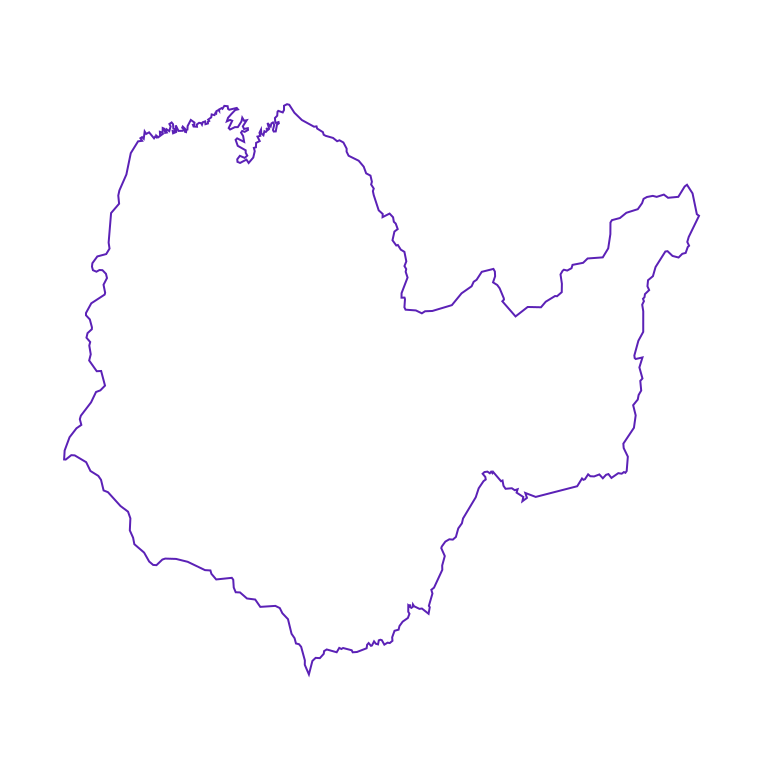 Gokwe North, Midlands, Zimbabwe, rotated 177°
{"feature_id": "62879985B87269615821372", "entity_name": "Gokwe North", "entity_type": "district", "adm_level": 2, "iso_a3": "ZWE", "parent_name": "Zimbabwe", "parent_adm1": "Midlands", "projection": "equal_earth", "projection_center": [28.8, -17.557], "detail": "fine", "context": "isolated", "style": "outline", "palette": "violet", "viewbox_px": 768, "rotation_deg": 177, "n_neighbors": 0, "source": "geoboundaries", "source_scale": "gbopen_adm2", "svg_char_len": 6146}
<svg xmlns="http://www.w3.org/2000/svg" viewBox="0 0 768 768"><g transform="rotate(177 384 384)"><path d="M71.0,567.1L73.4,565.5L80.3,555.5L90.6,555.1L94.6,558.5L101.9,556.6L105.7,557.8L111.6,557.0L115.1,555.3L116.8,551.1L121.4,545.3L133.0,542.3L139.7,537.4L147.8,535.7L149.4,533.4L150.1,521.8L153.0,507.7L158.9,499.0L174.1,498.7L178.8,494.6L189.5,493.1L190.7,489.8L195.1,487.7L198.4,488.7L199.7,487.7L202.0,484.2L201.1,474.8L201.7,466.4L206.6,462.6L208.6,462.9L218.2,457.7L223.2,452.4L236.5,453.4L249.1,444.6L261.5,460.4L259.8,462.0L259.9,463.4L263.5,473.5L265.7,476.9L269.8,479.8L267.4,485.8L267.4,490.5L268.7,493.2L280.5,490.9L286.1,483.2L289.1,481.4L291.4,477.0L301.8,470.5L312.1,459.2L331.9,454.4L339.2,454.5L342.5,452.6L348.3,455.8L358.6,457.1L359.6,459.5L358.6,467.6L359.0,469.2L362.0,469.3L361.7,473.8L354.9,489.1L356.5,494.9L355.8,497.6L357.4,500.7L355.3,505.3L356.7,514.9L360.2,517.3L362.9,522.1L364.5,521.7L368.0,527.1L365.6,535.7L362.2,538.0L363.9,543.6L365.7,545.5L366.2,550.0L369.5,553.9L376.7,550.7L376.4,553.9L380.2,557.7L384.4,573.3L385.0,577.2L384.0,579.7L386.4,583.9L385.5,586.6L386.6,592.8L390.8,595.3L392.9,602.1L397.6,608.3L407.4,613.8L409.2,618.0L409.0,621.0L411.9,627.3L415.7,629.7L418.1,628.9L422.0,632.4L429.3,634.9L431.2,636.1L431.8,638.7L437.4,642.6L437.9,644.8L440.4,644.6L452.2,651.9L459.3,659.6L464.0,667.8L466.2,668.5L469.3,667.1L469.5,662.9L470.9,660.5L475.3,662.3L476.1,661.4L476.6,657.5L479.0,655.3L478.9,651.3L478.3,650.4L475.6,651.1L475.4,649.8L477.3,648.5L478.9,641.9L480.9,641.9L481.6,643.5L480.0,648.6L481.2,651.0L482.8,650.1L483.7,647.1L486.7,650.7L485.3,644.8L486.1,644.1L488.3,645.6L487.0,643.7L488.8,641.9L490.2,642.7L491.4,638.7L493.4,640.6L493.5,644.5L495.2,641.4L494.6,638.3L497.4,637.7L495.4,633.1L499.1,631.5L499.5,627.1L501.6,626.6L500.9,623.3L502.7,617.0L507.6,611.8L509.6,615.3L516.2,612.3L518.7,613.5L518.8,616.1L516.0,619.4L511.3,617.1L508.6,619.2L510.0,622.1L509.9,624.6L517.6,629.5L519.4,635.6L517.8,637.0L511.0,633.1L511.7,639.0L513.6,642.5L512.4,644.1L509.9,643.1L506.5,644.8L506.6,646.6L510.4,646.0L511.5,648.7L507.3,654.6L509.9,654.2L511.6,657.4L512.6,653.7L516.5,648.2L519.5,648.3L524.4,646.2L525.7,647.7L521.8,654.8L523.9,655.8L527.2,654.5L525.8,658.0L522.2,661.7L518.2,665.4L515.5,665.9L516.6,667.4L524.2,666.0L525.3,666.9L525.6,669.6L528.9,670.1L530.9,667.3L531.7,668.0L534.3,666.8L534.3,665.4L534.9,666.3L537.0,665.3L537.4,663.0L538.1,663.6L539.2,661.4L542.0,662.2L542.6,659.3L545.8,657.2L544.8,655.8L546.2,655.0L546.2,653.4L548.7,652.8L548.9,655.6L551.3,654.9L552.2,652.5L553.0,654.1L555.0,654.5L557.4,652.9L557.3,650.7L560.7,651.1L561.2,652.8L560.0,652.9L559.6,655.0L563.1,657.8L566.6,651.9L567.0,648.4L568.0,648.2L568.5,645.9L569.5,646.3L569.4,649.3L571.5,651.6L572.1,650.5L570.5,648.9L571.7,647.4L576.0,647.5L578.4,653.2L578.4,646.5L581.5,645.4L581.8,647.7L580.0,647.2L579.3,649.3L581.0,650.1L581.1,654.5L582.4,656.3L584.7,654.9L583.6,652.4L585.2,647.8L588.0,649.9L588.7,648.6L587.7,646.5L589.2,646.3L590.2,650.5L591.6,651.2L591.9,646.6L594.6,647.6L594.6,644.8L592.6,644.8L596.5,642.2L598.3,643.9L598.4,642.3L599.5,643.1L600.8,641.4L605.4,647.6L608.4,646.2L609.8,648.7L611.1,641.5L612.7,643.2L614.4,642.2L612.8,639.5L616.9,639.2L624.8,627.8L630.3,606.7L638.1,591.2L639.5,586.1L639.1,577.9L647.6,569.0L651.6,539.6L651.0,533.6L654.6,528.3L663.6,526.4L668.9,519.9L669.5,516.5L668.7,512.9L665.3,511.2L662.2,512.7L659.2,512.4L655.9,508.6L655.1,504.3L658.9,497.8L657.7,489.7L658.3,487.9L672.1,479.9L677.9,470.5L678.0,468.2L674.4,463.9L672.7,455.9L672.9,454.0L677.4,450.3L678.7,445.8L675.2,441.3L676.3,437.8L675.3,429.0L677.2,422.9L670.2,411.8L665.8,411.8L662.7,397.0L667.6,392.5L672.0,391.1L677.5,381.0L688.4,368.2L689.6,364.8L688.4,359.0L693.4,355.9L700.8,347.3L706.4,334.3L707.4,325.4L705.8,325.2L700.0,329.3L696.6,328.9L685.5,321.5L681.7,312.5L674.1,307.2L671.6,303.1L669.6,292.4L665.3,290.4L653.5,275.9L646.3,269.9L644.3,263.1L645.5,251.1L642.6,243.6L641.7,237.1L632.4,228.2L627.8,219.0L624.0,215.4L620.7,215.0L614.5,220.3L611.6,221.1L600.8,220.2L589.3,216.7L572.5,207.5L567.1,206.9L566.3,203.5L561.8,197.6L546.1,198.4L544.8,196.4L544.7,188.6L543.0,183.8L538.7,183.4L532.1,177.0L523.9,175.5L519.2,167.9L504.1,168.1L499.8,165.7L497.5,160.4L492.2,154.2L489.4,139.4L486.6,134.8L485.5,129.5L482.5,128.6L480.5,125.9L477.5,112.1L477.8,107.7L474.2,97.9L470.0,111.2L466.6,114.1L462.4,113.6L458.3,117.7L457.8,120.4L455.1,121.9L445.3,118.6L442.5,122.8L440.4,121.6L438.7,122.5L430.2,119.8L429.3,117.7L425.0,117.8L415.2,121.0L414.5,124.5L412.9,126.1L410.7,123.2L409.7,123.5L407.4,127.5L405.7,125.0L403.6,124.3L402.6,128.3L401.0,128.8L399.6,128.3L397.3,123.7L394.0,125.5L391.8,125.0L389.0,127.1L389.1,130.6L386.4,137.0L382.3,137.9L381.2,141.5L377.8,145.7L372.4,149.1L370.6,153.2L371.7,155.3L371.3,161.9L370.0,160.8L369.4,162.5L369.6,159.9L368.4,159.0L367.0,159.9L366.6,162.3L365.6,160.5L360.4,157.6L357.9,157.8L351.5,152.2L350.0,158.7L350.8,160.1L346.6,172.2L347.5,176.0L344.7,178.0L335.5,195.4L335.4,199.7L332.3,209.0L335.4,217.1L334.8,218.7L331.0,223.4L326.9,225.5L323.4,225.0L320.2,227.5L317.4,235.9L313.5,240.8L312.1,245.6L298.3,266.1L294.9,274.9L289.7,281.8L287.4,283.3L287.7,285.9L290.2,289.2L288.3,290.8L285.3,291.1L283.0,289.3L281.6,290.8L280.4,289.3L279.7,290.6L272.2,280.8L270.7,281.4L270.0,276.1L268.1,273.0L261.8,273.2L259.0,271.1L256.1,271.9L257.3,268.6L250.8,263.9L251.9,259.7L247.2,262.8L248.6,267.8L238.4,263.3L196.4,271.8L191.2,279.3L189.9,277.9L188.3,278.4L184.9,283.1L182.8,281.1L179.0,280.7L173.7,282.4L170.4,278.4L167.0,281.7L164.6,282.3L161.8,278.3L154.7,282.7L151.3,282.0L149.0,283.5L147.6,282.7L146.2,284.4L144.3,298.7L148.0,307.5L148.1,311.9L136.7,327.2L134.3,339.5L136.3,349.8L131.4,355.2L130.3,359.7L127.5,364.0L127.9,373.7L125.6,376.0L128.1,387.2L124.5,397.0L131.3,395.8L132.3,396.8L132.5,399.4L127.7,413.9L122.4,422.5L121.3,443.1L122.0,449.7L120.1,453.1L120.9,455.5L119.3,457.1L118.7,460.1L114.3,463.9L115.8,467.8L114.9,473.8L109.8,477.6L106.7,486.6L96.1,501.6L93.9,501.8L89.2,496.8L83.2,494.9L79.3,498.4L75.9,499.1L73.5,504.9L72.1,506.1L73.7,510.0L72.0,514.9L60.6,535.5L62.7,537.2L65.9,558.2L71.0,567.1Z" fill="none" stroke="#5b21b6" stroke-width="2"/></g></svg>